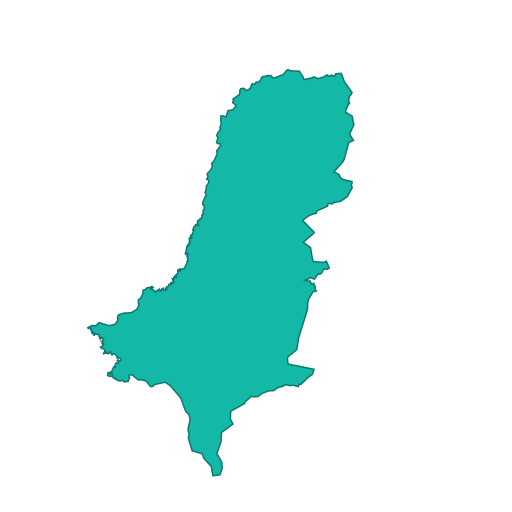 Virgas pag., Priekules, Latvia, rotated 45°
{"feature_id": "27541924B44819307732268", "entity_name": "Virgas pag.", "entity_type": "district", "adm_level": 2, "iso_a3": "LVA", "parent_name": "Latvia", "parent_adm1": "Priekules", "projection": "albers", "projection_center": [21.451, 56.438], "detail": "fine", "context": "isolated", "style": "filled", "palette": "teal", "viewbox_px": 512, "rotation_deg": 45, "n_neighbors": 0, "source": "geoboundaries", "source_scale": "gbopen_adm2", "svg_char_len": 6137}
<svg xmlns="http://www.w3.org/2000/svg" viewBox="0 0 512 512"><g transform="rotate(45 256 256)"><path d="M357.5,348.7L360.5,342.2L363.8,338.6L364.4,333.8L367.3,328.9L367.3,327.5L368.4,325.7L371.7,323.7L373.3,321.2L378.1,318.7L377.4,315.9L378.6,314.7L378.7,304.7L379.6,299.8L377.1,295.1L355.1,309.7L351.7,307.1L350.2,305.5L349.8,303.4L350.5,299.5L351.0,293.4L343.9,283.5L330.2,257.4L325.5,252.3L323.7,249.3L321.6,240.9L323.1,238.9L323.3,238.0L321.8,237.9L319.7,235.9L316.1,234.5L315.6,236.7L311.6,235.5L311.3,236.6L309.4,237.3L308.5,238.4L307.6,238.7L308.7,236.8L310.0,232.6L313.7,231.1L312.9,226.0L312.2,224.9L314.1,223.7L313.9,223.2L314.5,221.6L313.0,217.3L315.8,215.2L316.3,212.7L309.4,209.9L308.5,212.6L300.5,219.4L297.4,217.8L288.4,211.4L279.9,213.0L280.1,205.4L280.4,204.5L280.8,198.5L280.4,198.1L263.8,197.9L264.9,189.9L267.0,185.3L268.4,183.2L267.2,181.4L267.2,181.0L271.3,170.4L271.1,169.5L270.1,168.9L270.2,167.5L270.6,166.8L272.6,165.9L273.7,162.4L277.1,157.6L278.6,149.5L275.7,139.6L273.2,138.4L272.5,136.7L271.2,135.5L264.1,140.0L260.7,141.0L257.2,139.7L251.7,141.3L251.5,140.8L250.8,127.6L249.8,124.9L241.3,110.1L243.2,105.4L236.0,103.6L232.2,93.7L232.8,93.7L231.0,93.2L225.1,89.1L217.6,91.0L216.3,89.1L213.9,82.7L214.3,82.1L210.1,79.3L210.3,78.6L210.1,77.9L209.1,77.0L209.1,74.4L208.6,73.8L208.4,72.5L195.7,70.4L187.1,66.6L183.5,70.7L184.1,72.3L183.7,74.1L181.4,74.7L181.1,75.4L181.3,76.5L180.9,77.1L178.2,77.7L176.9,82.4L174.5,86.7L170.0,88.5L169.9,90.0L165.4,97.0L164.9,97.2L163.1,96.3L156.0,94.6L149.7,100.4L146.8,101.7L146.4,103.3L147.0,108.2L143.3,116.9L142.2,118.1L138.8,117.9L136.1,120.9L134.9,123.6L133.9,124.1L133.8,126.3L134.4,126.9L135.0,129.4L134.3,131.8L133.1,133.4L133.5,134.6L133.5,135.7L131.6,136.8L132.2,139.2L133.3,140.8L133.1,143.2L132.4,145.4L131.4,146.3L129.9,145.8L128.7,146.1L126.8,148.6L127.7,150.8L129.4,152.3L130.3,153.9L129.8,155.1L128.8,161.4L130.3,161.9L130.8,163.8L131.3,164.1L135.2,163.6L136.0,164.7L135.8,165.1L136.2,168.0L135.9,169.6L133.4,173.0L136.3,178.4L136.1,179.0L132.9,180.7L132.1,181.7L135.3,185.1L137.5,186.6L139.8,190.9L141.4,191.4L141.6,194.6L142.6,197.8L143.5,198.8L145.5,199.3L147.7,203.5L149.4,203.7L151.4,202.1L152.9,202.9L153.8,209.3L154.5,210.2L155.6,210.4L156.5,211.5L159.0,218.4L159.2,221.9L161.2,223.1L162.3,224.4L163.3,228.7L163.1,231.2L163.4,232.3L164.4,233.3L165.8,233.5L166.8,236.5L168.8,236.0L170.3,237.0L171.2,239.4L171.4,241.6L173.0,243.3L174.6,245.9L175.0,247.1L177.3,247.7L180.6,256.2L182.4,257.4L183.0,256.8L185.1,258.2L186.3,259.7L186.3,261.0L187.6,262.4L188.7,262.6L188.4,263.2L189.1,264.0L188.6,264.7L188.7,265.1L189.4,266.0L190.7,266.8L190.1,269.6L190.7,270.4L189.9,271.9L190.0,272.7L191.9,274.6L193.6,275.0L191.3,276.0L191.2,276.9L192.0,278.1L191.5,278.8L191.5,279.7L192.7,281.3L192.7,282.2L193.9,281.9L193.8,282.4L195.5,285.1L195.8,286.1L195.1,286.7L195.8,288.5L196.2,288.9L196.9,288.1L197.5,288.2L197.1,289.4L197.4,290.2L196.3,290.5L197.9,292.2L199.1,292.1L199.6,292.8L199.3,293.2L199.4,294.3L200.9,295.1L200.0,296.0L201.0,296.4L200.3,297.3L200.3,298.1L202.9,301.6L204.4,304.4L204.9,304.5L205.7,302.4L206.6,302.8L206.9,304.9L208.5,305.0L209.0,306.2L210.0,306.4L211.5,308.2L211.1,308.8L212.1,309.3L212.5,311.4L213.5,313.5L213.9,315.5L213.8,316.2L212.8,317.9L211.4,319.0L212.6,319.4L212.8,320.7L212.2,320.9L211.2,320.1L210.7,320.9L211.0,321.9L212.5,322.8L212.9,324.2L212.8,326.0L213.0,326.5L214.3,326.6L214.8,327.4L214.6,327.9L212.8,327.9L213.2,329.5L214.2,330.3L213.0,331.2L214.6,331.6L214.9,332.6L216.4,332.4L216.4,334.1L216.1,334.6L215.3,334.4L214.7,335.1L215.9,336.0L216.1,336.4L215.9,336.9L215.0,336.8L214.5,337.6L215.4,339.7L214.6,341.3L215.2,342.1L215.0,342.7L215.2,343.0L216.6,342.5L216.4,344.1L215.1,345.4L214.5,344.9L213.7,345.1L213.4,344.2L213.1,344.3L212.7,345.5L213.0,346.9L212.7,347.2L213.6,348.1L211.9,349.1L211.0,348.1L210.9,349.3L210.4,350.1L210.9,352.0L210.9,352.6L210.7,352.8L209.5,352.3L206.3,353.0L204.7,354.0L204.3,352.8L205.3,352.1L205.6,351.1L203.9,351.1L202.9,353.7L201.5,355.3L201.3,358.3L200.3,360.0L202.2,362.2L203.2,364.1L204.3,367.7L203.7,369.9L205.2,371.7L208.3,374.2L209.3,377.3L209.3,378.7L208.1,383.7L205.8,386.9L203.3,389.2L200.5,394.8L200.9,396.7L203.8,399.3L204.5,403.2L204.5,404.4L201.0,409.5L192.1,414.0L192.1,418.9L189.1,421.3L187.8,425.7L188.7,425.8L189.4,424.1L189.9,423.9L190.7,424.0L190.7,424.6L191.4,425.1L193.0,424.9L193.1,425.7L193.6,426.0L194.2,426.1L194.4,425.3L195.0,425.5L195.2,426.4L196.0,425.6L197.0,426.7L197.6,426.3L196.6,425.1L196.7,424.4L198.0,424.5L200.3,422.7L201.4,423.6L202.9,423.9L203.2,424.6L204.7,424.9L204.9,424.4L204.6,423.9L203.9,423.9L204.4,422.5L207.1,422.6L207.6,424.9L207.1,425.6L208.7,425.2L208.9,426.5L210.4,425.7L210.7,426.2L209.9,426.9L211.5,427.8L210.5,429.9L210.5,430.4L212.2,430.5L214.6,429.2L216.1,430.0L216.9,431.4L216.9,432.3L217.3,432.9L218.1,431.0L217.8,429.6L218.6,429.6L219.1,430.5L221.0,429.1L220.6,426.8L220.8,426.5L223.8,427.9L224.3,427.5L224.2,426.4L224.5,425.8L225.6,425.2L228.6,425.1L229.4,425.3L229.2,426.0L229.8,426.4L232.2,424.2L233.2,424.2L234.2,425.0L234.1,426.2L231.9,427.2L231.6,427.9L233.0,428.0L234.2,428.7L234.1,429.4L232.8,430.3L232.8,431.2L234.0,433.4L235.2,433.8L235.1,434.6L234.0,434.8L233.7,435.3L234.2,435.6L235.1,438.7L236.3,440.1L237.6,440.9L236.7,441.9L235.3,440.7L235.0,441.0L235.2,442.4L233.8,443.1L235.6,445.4L236.1,445.4L239.1,443.3L239.2,442.1L240.4,442.2L241.1,443.2L243.0,442.6L243.1,441.8L244.5,442.3L246.9,441.4L248.5,440.1L249.4,438.2L251.8,438.3L254.3,435.0L253.1,433.0L252.9,431.6L251.3,430.9L250.8,429.9L251.0,428.9L252.9,427.6L260.2,426.9L261.3,426.2L261.9,424.6L263.3,424.3L266.4,422.1L273.3,422.9L274.4,422.4L275.3,421.1L275.0,418.8L281.1,409.4L287.4,408.3L298.8,409.2L303.5,409.7L316.1,415.6L320.6,415.6L323.1,416.9L325.1,418.3L330.3,426.3L331.9,427.7L334.8,429.4L336.9,432.6L348.6,438.9L357.9,433.8L362.1,436.0L373.1,436.4L380.9,441.9L385.2,436.3L383.0,431.4L381.7,429.5L377.5,426.0L370.4,424.0L368.4,424.1L362.6,412.1L356.4,405.3L358.5,391.1L353.3,389.5L347.9,383.7L352.2,368.4L351.4,366.7L351.8,362.0L351.7,359.6L352.8,357.9L354.2,357.0L356.8,354.0L357.5,348.7Z" fill="#14b8a6" stroke="#0f766e" stroke-width="1.5"/></g></svg>